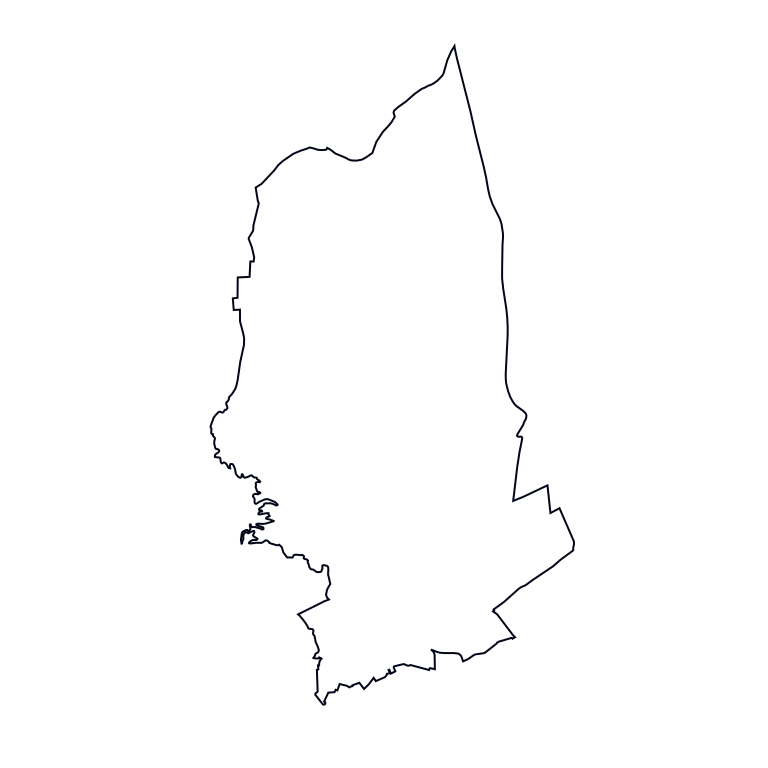 Al Khalifa, Al Qahirah, Egypt (orthographic projection), rotated 248°
{"feature_id": "37247803B15392203431980", "entity_name": "Al Khalifa", "entity_type": "district", "adm_level": 2, "iso_a3": "EGY", "parent_name": "Egypt", "parent_adm1": "Al Qahirah", "projection": "orthographic", "projection_center": [31.287, 30.01], "detail": "fine", "context": "isolated", "style": "outline", "palette": "ink", "viewbox_px": 768, "rotation_deg": 248, "n_neighbors": 0, "source": "geoboundaries", "source_scale": "gbopen_adm2", "svg_char_len": 6159}
<svg xmlns="http://www.w3.org/2000/svg" viewBox="0 0 768 768"><g transform="rotate(248 384 384)"><path d="M121.6,203.9L109.8,207.3L109.4,207.7L109.1,208.7L109.5,209.6L110.3,210.2L111.2,210.2L112.0,209.5L118.7,216.8L116.8,222.7L118.6,224.6L117.4,226.0L122.4,230.5L118.2,236.4L115.7,238.2L115.9,239.1L115.7,241.6L116.5,241.9L116.2,249.2L108.7,251.3L111.4,257.7L115.4,264.4L111.6,265.1L111.8,273.5L111.9,275.1L113.1,277.5L114.2,278.0L113.6,281.1L117.1,281.1L117.1,281.9L112.9,282.0L113.3,286.8L117.7,286.8L118.4,287.5L117.5,294.0L117.0,297.1L116.6,297.9L114.9,299.3L113.7,301.0L113.5,301.8L113.5,303.3L101.9,318.7L103.2,319.8L103.3,320.3L100.5,324.3L114.0,329.5L116.8,329.7L120.2,328.1L116.1,332.4L113.9,335.2L112.0,339.0L108.5,347.7L106.3,351.8L104.9,352.9L102.6,353.7L97.2,353.4L97.5,359.2L98.9,365.3L99.1,367.3L97.1,375.4L97.1,377.2L100.9,390.4L101.8,392.1L102.1,393.7L100.8,407.3L99.7,407.7L100.1,410.6L102.9,409.5L128.2,402.6L132.3,399.9L132.7,401.3L133.9,401.1L136.9,413.4L143.8,432.6L144.3,435.3L144.4,439.8L146.7,448.9L151.6,472.2L155.0,482.1L158.6,496.3L159.1,497.2L161.8,498.4L163.7,499.8L166.2,500.9L167.6,501.1L203.1,500.2L202.0,490.0L228.8,497.6L227.2,470.8L227.2,460.0L256.9,476.3L269.4,483.7L281.0,491.3L282.6,492.0L283.5,491.7L283.9,491.3L284.6,489.2L285.6,488.0L286.2,488.0L287.3,488.7L293.9,497.7L295.8,499.2L298.5,502.5L301.0,504.1L302.5,504.4L304.2,504.2L307.4,502.7L314.3,498.3L317.1,497.3L320.9,496.6L324.8,496.2L331.1,496.4L339.3,497.6L343.3,498.9L347.7,500.6L382.2,516.6L390.2,519.9L399.3,523.1L408.7,525.8L427.6,530.2L437.5,533.0L446.4,536.6L468.6,546.0L475.4,549.3L479.4,550.8L488.5,552.9L493.3,553.3L509.9,552.0L518.1,552.3L525.7,553.5L537.1,556.0L547.7,557.8L580.4,562.3L604.5,566.3L658.5,573.6L669.1,575.4L670.9,575.9L667.3,571.0L660.4,563.9L649.8,555.7L648.1,553.6L645.3,547.4L644.2,543.0L643.8,539.0L644.0,537.1L643.5,532.7L643.5,529.4L641.5,521.0L637.7,510.2L635.4,500.7L633.7,495.8L632.0,494.5L627.8,494.1L624.1,489.3L621.6,484.7L618.2,477.4L611.3,467.5L602.6,459.8L601.4,454.9L600.8,452.0L600.3,447.7L601.4,442.0L602.7,439.6L602.9,438.5L604.7,436.0L608.5,432.8L616.0,425.2L620.9,422.4L624.2,419.8L623.2,418.8L622.9,418.0L624.3,413.7L625.7,410.8L629.8,405.7L631.1,403.7L631.1,400.4L631.5,395.0L631.5,388.1L631.3,385.6L628.6,373.5L626.4,367.6L623.2,362.3L615.5,345.6L614.2,338.6L601.0,335.6L600.0,335.5L598.9,335.7L597.7,335.1L579.6,322.1L576.5,320.8L574.9,319.8L570.3,313.5L569.2,312.9L560.3,312.7L550.1,311.1L546.4,309.0L547.7,306.0L533.7,299.5L537.6,288.3L518.8,280.5L520.0,275.9L508.9,272.4L506.9,278.3L496.1,274.0L482.4,272.2L478.4,271.3L472.7,268.8L458.2,258.9L442.5,249.8L437.4,246.3L434.9,243.9L431.9,239.7L429.7,235.3L427.7,234.2L426.4,232.5L426.2,231.4L425.5,230.5L423.3,230.1L421.9,230.2L420.3,229.8L419.2,228.0L419.6,227.0L419.1,225.9L418.0,224.5L418.0,223.8L418.4,222.8L419.4,222.1L419.9,221.3L419.8,219.7L418.0,215.8L416.7,213.6L409.7,207.3L408.9,207.0L407.4,207.3L403.2,205.4L402.2,205.6L401.5,206.6L400.0,206.0L397.8,206.9L396.7,206.8L394.3,205.1L392.1,204.2L387.9,203.6L386.6,204.0L386.2,205.0L385.2,205.9L384.3,206.3L383.8,206.2L382.9,205.4L382.4,204.5L382.3,202.8L381.6,200.9L380.0,199.9L379.6,199.9L377.3,204.1L376.3,204.4L373.6,203.6L371.7,203.6L371.0,204.2L371.3,206.0L370.6,207.0L368.4,208.0L364.9,208.3L364.0,208.8L363.5,209.8L365.0,209.9L367.1,211.3L367.3,211.8L366.4,213.6L364.6,214.0L360.8,214.0L356.2,213.0L353.0,213.9L351.3,215.0L350.9,215.9L351.0,216.7L353.5,218.4L353.5,218.7L352.9,219.1L350.2,219.0L349.5,219.5L349.1,220.3L348.9,222.8L349.1,226.8L348.6,227.3L346.4,228.2L344.7,230.9L343.3,230.6L341.2,232.2L339.9,232.6L339.5,232.1L340.4,230.5L340.5,228.9L340.3,228.0L337.9,227.3L336.6,226.4L332.2,226.2L331.0,226.5L330.6,227.9L329.5,228.5L329.2,228.3L329.0,227.3L329.0,225.8L330.4,223.3L330.4,222.1L330.0,221.1L328.7,220.4L326.8,220.9L325.7,220.9L322.7,219.6L321.6,219.7L321.1,220.0L320.8,221.0L321.5,224.7L321.6,230.9L320.7,233.3L315.5,238.7L312.2,240.2L311.7,240.0L311.7,238.6L314.8,235.7L316.0,233.9L317.8,229.2L317.5,227.7L316.4,227.0L315.2,221.7L314.3,221.1L313.5,221.2L312.8,222.9L312.3,223.3L311.7,223.4L311.4,223.0L312.0,222.0L311.9,220.4L311.1,219.2L310.3,218.8L309.7,219.5L308.3,226.3L307.5,228.5L306.5,228.0L304.8,228.5L304.3,228.4L304.3,225.2L303.7,224.3L303.0,224.5L300.9,227.7L298.3,230.4L298.1,230.2L298.9,222.0L299.5,219.6L301.9,214.4L301.8,213.1L301.0,212.9L300.3,213.5L296.6,218.0L295.6,218.3L294.6,217.8L294.7,216.5L295.9,215.6L299.7,210.8L300.8,208.1L301.2,207.6L303.8,207.7L303.9,207.1L302.8,206.5L300.6,206.2L299.3,205.6L298.4,203.8L298.2,203.3L299.9,202.5L300.3,201.0L300.1,198.3L299.9,197.5L299.1,196.4L293.2,193.0L289.4,192.1L289.3,192.5L290.1,193.2L291.2,193.6L292.7,195.5L296.1,196.7L297.3,197.7L298.1,199.0L298.3,200.2L297.8,201.2L296.4,202.2L296.8,206.7L296.7,207.6L296.3,208.5L294.8,208.2L293.2,206.1L292.5,205.9L291.4,206.1L288.6,208.3L287.8,208.7L287.5,208.5L287.2,207.4L288.6,203.5L288.0,200.2L287.1,199.2L286.7,199.4L285.7,201.8L285.6,203.0L285.0,204.1L284.9,205.4L282.7,210.7L282.6,211.9L283.4,215.8L281.9,217.6L280.3,218.3L279.8,218.1L278.2,219.7L274.6,224.3L274.3,225.3L274.3,226.6L271.1,228.1L265.5,227.6L259.5,229.2L258.9,230.4L258.8,231.2L257.5,233.5L257.5,234.4L258.8,235.8L259.1,236.4L259.2,237.0L258.2,239.6L256.6,242.4L256.2,244.1L255.7,244.6L254.3,245.3L252.5,244.3L251.8,244.6L251.3,245.0L250.8,246.3L248.7,247.4L247.6,246.6L246.5,246.4L245.3,246.6L242.0,246.2L240.3,246.6L239.6,246.9L238.4,248.9L235.2,250.9L234.7,251.5L233.9,253.3L233.5,254.9L233.8,255.7L236.0,257.8L238.5,258.7L238.8,259.1L238.7,260.1L236.9,262.9L235.4,263.6L233.0,263.0L228.7,260.9L218.7,259.3L215.4,255.0L213.8,253.6L210.3,251.3L207.5,251.2L204.8,252.2L204.9,247.3L202.6,218.1L201.0,218.9L194.9,220.9L189.8,222.1L185.4,222.5L183.4,225.9L182.0,226.3L179.4,224.8L178.3,224.6L176.4,225.2L170.2,224.0L165.8,224.2L162.3,224.0L161.3,223.7L159.9,222.4L159.6,219.5L157.8,218.0L156.5,215.9L155.9,216.5L154.1,220.1L154.8,221.5L153.9,222.2L153.7,221.7L153.3,222.0L153.6,222.6L152.8,223.2L152.3,222.2L151.2,220.7L149.9,219.6L147.4,218.4L147.8,217.4L144.0,216.2L144.1,214.7L123.8,207.3L123.3,206.6L123.0,205.0L122.6,204.4L121.6,203.9Z" fill="none" stroke="#020617" stroke-width="2"/></g></svg>